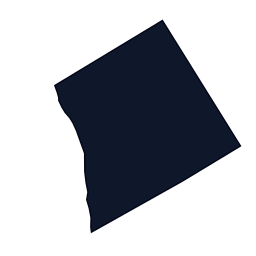 Manistee, Michigan, United States of America, rotated 328°
{"feature_id": "52423323B69825151981471", "entity_name": "Manistee", "entity_type": "district", "adm_level": 2, "iso_a3": "USA", "parent_name": "United States of America", "parent_adm1": "Michigan", "projection": "albers", "projection_center": [-86.216, 44.341], "detail": "fine", "context": "isolated", "style": "filled", "palette": "ink", "viewbox_px": 256, "rotation_deg": 328, "n_neighbors": 0, "source": "geoboundaries", "source_scale": "gbopen_adm2", "svg_char_len": 407}
<svg xmlns="http://www.w3.org/2000/svg" viewBox="0 0 256 256"><g transform="rotate(328 128 128)"><path d="M214.1,55.1L88.5,53.2L87.0,60.2L85.4,65.6L83.9,68.1L83.1,75.5L83.0,81.4L84.1,88.5L84.1,94.4L83.0,102.8L77.9,126.4L68.3,142.1L63.5,152.3L60.1,161.2L55.1,166.9L52.7,175.5L49.2,184.5L44.0,192.4L41.9,196.9L146.2,201.8L213.8,202.8L214.1,55.1Z" fill="#0f172a" stroke="#020617" stroke-width="1.5"/></g></svg>